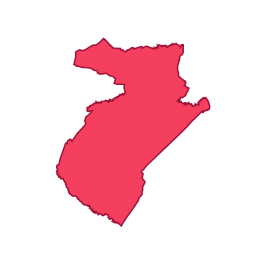 Tap Khlo, Phichit, Thailand (Robinson projection), rotated 17°
{"feature_id": "78962969B53438077198492", "entity_name": "Tap Khlo", "entity_type": "district", "adm_level": 2, "iso_a3": "THA", "parent_name": "Thailand", "parent_adm1": "Phichit", "projection": "robinson", "projection_center": [100.596, 16.192], "detail": "fine", "context": "isolated", "style": "filled", "palette": "rose", "viewbox_px": 256, "rotation_deg": 17, "n_neighbors": 0, "source": "geoboundaries", "source_scale": "gbopen_adm2", "svg_char_len": 5761}
<svg xmlns="http://www.w3.org/2000/svg" viewBox="0 0 256 256"><g transform="rotate(17 128 128)"><path d="M90.0,206.6L91.0,207.3L91.3,208.0L91.9,207.7L92.7,208.3L93.6,208.4L93.7,208.9L95.5,209.3L97.6,208.3L98.2,208.3L99.2,208.9L100.2,210.2L100.4,209.8L101.0,209.9L101.4,210.6L102.5,211.0L103.0,211.8L104.6,212.3L104.9,212.1L105.5,212.9L106.9,213.6L107.5,213.5L108.1,214.2L109.4,214.3L110.3,213.7L111.5,214.1L112.2,213.9L112.3,214.3L112.9,214.4L113.8,213.5L114.1,214.3L114.6,214.5L114.5,215.6L115.1,215.5L115.3,216.1L115.7,215.8L116.1,216.4L116.8,216.2L117.5,216.4L117.9,216.1L118.0,216.8L117.5,216.9L117.4,217.5L118.0,217.3L119.0,218.3L119.1,217.5L120.0,218.3L120.1,217.5L120.8,217.4L121.3,218.7L121.6,218.2L121.7,218.8L122.2,218.7L122.3,218.0L122.7,218.6L123.8,218.2L124.3,219.1L124.8,218.7L125.0,219.2L125.3,218.5L126.3,218.3L128.1,218.6L129.0,219.2L129.8,219.0L130.1,218.4L130.5,218.5L131.0,217.0L131.5,217.3L131.7,217.0L131.9,217.3L132.3,216.9L133.8,217.0L134.0,216.7L134.7,217.3L134.6,217.8L135.3,218.3L135.1,219.1L135.7,219.6L136.2,219.5L136.2,220.0L137.2,220.7L138.4,219.9L138.6,219.0L139.7,219.4L140.5,220.2L140.2,221.5L141.2,220.9L141.8,221.0L141.4,222.2L142.1,222.4L142.7,221.7L143.3,222.4L144.4,221.8L145.0,222.1L144.8,221.2L145.6,221.2L150.1,223.7L152.6,214.4L156.4,203.4L159.1,194.3L159.0,191.4L160.9,187.5L160.0,184.9L160.2,183.2L159.2,180.2L160.1,175.3L160.0,174.5L156.2,171.9L155.8,167.3L153.7,166.3L153.5,165.3L155.1,163.0L156.5,159.0L179.9,117.3L184.0,109.7L186.8,103.4L193.3,91.5L194.1,90.1L194.5,91.2L195.2,91.3L195.2,90.7L195.6,90.4L195.3,90.0L195.8,89.3L196.2,89.5L196.9,89.1L197.0,88.5L198.4,87.6L198.8,87.8L199.7,86.4L200.2,86.4L199.8,83.6L198.7,81.5L196.7,78.8L193.6,76.3L193.4,76.9L192.0,76.7L192.1,77.3L191.7,77.7L191.7,77.2L191.0,77.3L190.0,78.8L189.6,80.5L189.1,80.0L188.4,81.2L188.4,82.0L187.6,82.9L187.7,83.7L188.4,83.9L188.9,84.9L188.1,84.7L187.2,85.6L186.4,85.4L185.9,86.2L185.2,85.6L185.5,87.2L184.6,87.1L184.1,88.3L182.8,88.1L182.1,86.7L181.4,87.0L181.1,86.5L180.5,86.9L179.4,86.5L179.0,87.1L178.5,86.1L178.0,87.1L177.5,87.2L177.4,87.7L177.1,87.1L176.7,87.2L176.2,88.3L176.1,87.1L175.8,87.1L175.7,87.8L175.0,88.0L174.8,88.7L174.0,88.6L174.2,87.8L173.3,88.5L172.1,88.2L171.4,87.5L171.7,86.9L170.3,87.9L169.9,87.2L168.9,87.4L168.6,87.2L168.9,88.3L167.4,88.0L167.8,87.6L167.7,86.3L168.4,85.8L168.9,86.5L169.5,85.8L169.1,83.4L171.2,83.1L172.0,81.7L173.4,80.5L173.7,79.2L173.6,77.7L174.5,74.9L174.1,73.5L174.6,72.1L171.1,71.5L170.5,70.8L169.7,71.1L170.0,70.5L169.6,68.8L170.1,69.0L170.2,68.7L169.4,66.6L166.4,65.9L162.1,64.1L160.9,62.8L159.8,59.9L158.7,58.9L157.2,53.8L157.3,47.8L156.6,44.9L157.0,43.7L158.5,41.5L158.6,39.4L156.5,32.3L155.7,32.6L155.5,32.4L154.7,33.0L154.9,34.3L154.6,35.1L154.5,34.7L152.7,34.4L152.5,34.0L150.2,33.7L149.3,33.0L149.0,33.2L149.3,33.7L148.8,33.4L148.1,33.9L147.8,34.7L146.1,34.3L146.3,34.8L145.8,34.6L145.0,36.1L144.5,35.9L144.0,37.1L143.2,37.3L142.7,38.3L142.2,38.2L141.8,39.5L140.8,38.6L140.7,38.9L140.3,38.7L140.1,38.1L139.7,38.5L139.3,38.3L139.2,38.9L138.5,39.2L137.2,38.8L136.6,39.5L136.2,39.5L136.5,39.9L136.0,39.8L135.9,40.1L134.8,39.6L133.3,39.5L132.6,40.3L132.8,40.7L132.2,40.4L132.5,40.9L132.2,41.8L132.6,42.3L132.1,42.3L132.2,42.6L131.8,42.3L132.0,42.7L131.6,42.9L131.5,42.5L131.3,43.3L131.2,42.9L130.8,43.1L130.6,44.1L129.6,43.5L129.8,44.1L129.0,44.9L127.5,44.4L125.8,44.9L124.4,44.4L121.5,44.4L118.2,47.4L117.8,46.3L116.1,46.5L114.4,48.1L113.6,48.2L113.1,49.0L111.0,50.0L110.8,50.6L109.9,50.1L109.6,50.2L109.2,49.6L108.0,50.4L106.8,51.5L106.6,52.7L105.6,52.9L104.6,53.6L104.6,54.3L104.2,54.2L102.9,56.0L102.2,56.1L100.2,54.7L99.8,55.6L98.1,55.3L97.7,54.1L92.2,55.6L90.1,55.8L88.5,54.6L86.2,54.1L86.2,53.5L84.4,52.9L83.4,51.9L80.5,50.7L80.5,50.2L78.3,49.6L76.0,54.3L73.1,58.1L70.3,58.9L63.1,66.9L62.0,66.9L61.3,67.4L58.9,67.4L56.4,69.7L55.8,70.7L57.3,75.8L57.7,83.1L60.6,83.3L60.7,83.9L61.1,83.9L63.3,83.4L66.2,83.5L73.2,81.8L77.1,82.0L77.5,82.5L79.6,82.8L81.2,82.1L82.4,83.1L82.7,84.4L84.1,84.3L85.0,84.8L89.3,83.1L89.6,82.6L92.1,82.2L95.6,83.5L96.4,83.1L99.1,83.2L100.0,83.5L100.0,84.0L101.8,84.7L101.7,89.3L104.9,89.4L108.1,88.2L111.8,87.5L112.7,91.2L114.6,94.1L115.1,94.1L115.4,94.8L114.9,95.0L115.1,95.4L114.5,96.0L114.7,96.4L114.3,97.2L114.0,96.7L113.3,96.9L113.7,97.2L113.6,97.7L112.4,96.9L112.1,98.2L110.6,98.3L111.0,99.0L110.5,99.1L110.5,99.8L109.9,100.6L109.5,100.7L109.4,100.3L108.9,100.8L108.7,101.2L109.2,101.1L109.1,101.5L108.4,101.8L108.5,102.4L108.1,102.1L108.1,102.4L106.7,102.7L106.6,104.0L105.6,104.5L106.2,104.9L106.3,105.5L105.5,105.9L105.6,106.6L105.0,106.9L104.4,105.8L103.7,106.3L103.2,106.2L103.2,107.5L102.6,107.5L102.1,106.9L102.2,108.7L101.7,109.2L101.0,108.4L101.1,107.6L100.1,108.3L98.5,108.1L98.4,108.7L96.6,109.9L94.9,110.2L95.0,111.8L94.2,111.7L94.0,112.2L93.5,112.4L93.1,111.7L92.7,111.7L92.7,112.1L91.8,112.5L91.3,113.4L90.8,112.5L90.1,112.2L90.5,112.9L90.3,113.4L89.4,113.3L89.2,114.0L88.3,114.4L88.3,115.5L87.2,115.7L87.2,116.3L86.0,117.2L85.3,118.5L85.0,118.3L85.0,119.4L83.8,119.6L83.7,120.2L83.1,120.6L83.8,120.9L83.5,122.1L84.0,122.4L83.7,123.2L84.3,123.8L85.7,123.8L87.1,122.5L88.8,122.0L87.2,126.0L84.6,129.6L84.5,133.6L86.1,135.9L86.2,137.0L85.4,139.2L81.2,147.9L78.3,157.0L76.7,155.6L75.8,155.8L74.3,157.5L73.9,159.3L74.5,160.6L72.9,160.8L72.2,175.7L72.5,183.3L71.5,183.9L71.0,184.8L71.4,186.7L73.0,188.4L72.7,188.6L73.0,189.6L72.6,189.9L72.9,190.2L72.5,190.7L73.5,191.7L73.7,192.9L74.3,192.4L74.5,193.3L75.5,193.2L76.0,195.2L76.6,195.1L76.8,194.6L77.0,195.0L77.9,194.7L78.2,195.0L78.1,195.5L78.8,196.3L80.7,195.4L82.1,197.1L82.6,197.1L83.3,198.2L84.6,199.0L84.8,199.4L84.6,199.9L85.8,200.8L85.9,201.8L86.4,202.4L89.2,204.2L88.9,205.0L89.7,205.5L89.7,206.0L90.1,206.2L90.0,206.6Z" fill="#f43f5e" stroke="#9f1239" stroke-width="1.5"/></g></svg>